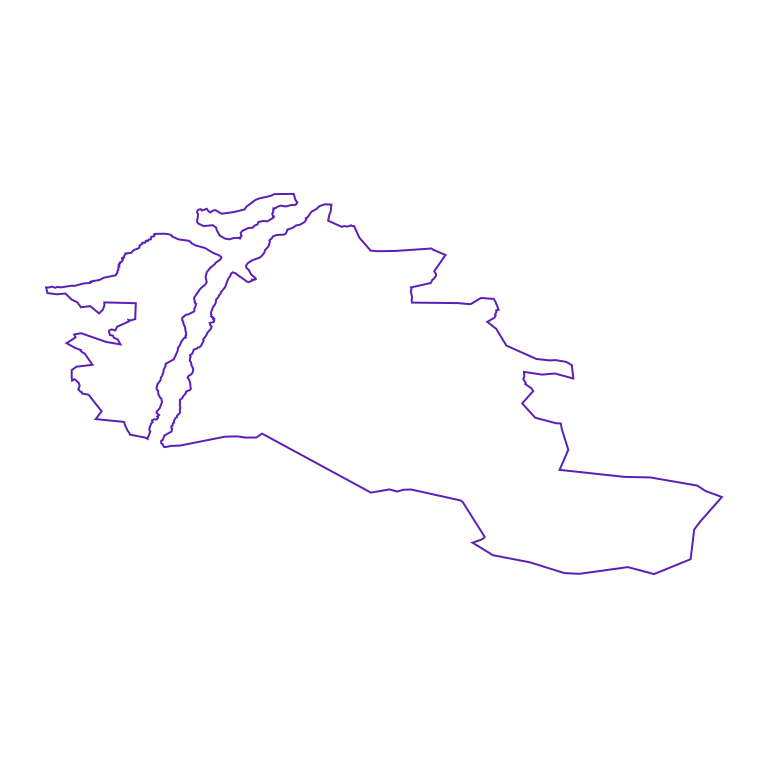 Ullensvang nor, Hordaland, Norway (Robinson projection)
{"feature_id": "86288312B73350405058148", "entity_name": "Ullensvang nor", "entity_type": "district", "adm_level": 2, "iso_a3": "NOR", "parent_name": "Norway", "parent_adm1": "Hordaland", "projection": "robinson", "projection_center": [6.658, 60.244], "detail": "fine", "context": "isolated", "style": "outline", "palette": "violet", "viewbox_px": 768, "rotation_deg": 0, "n_neighbors": 0, "source": "geoboundaries", "source_scale": "gbopen_adm2", "svg_char_len": 6084}
<svg xmlns="http://www.w3.org/2000/svg" viewBox="0 0 768 768"><path d="M331.4,204.6L324.9,204.3L319.5,206.1L316.4,209.0L311.4,211.8L307.9,216.9L305.8,218.3L306.4,219.2L304.5,222.1L299.8,224.8L296.2,225.4L292.7,227.9L287.3,229.6L287.2,230.9L285.6,233.7L284.3,234.6L276.5,235.0L272.8,236.5L271.6,238.7L269.9,239.7L269.4,240.6L270.0,241.5L268.4,246.4L265.0,250.2L264.4,252.5L262.2,255.4L259.9,257.5L252.0,260.4L248.0,263.0L246.2,265.4L246.0,266.5L246.6,268.1L248.7,269.9L251.3,274.7L255.6,278.2L255.8,279.1L254.7,279.5L254.2,280.4L254.4,279.3L253.0,280.1L252.2,279.5L252.5,279.1L252.1,279.4L252.0,280.7L248.7,282.1L247.3,281.8L235.0,273.1L232.9,272.3L231.1,273.5L230.4,275.7L228.1,279.0L225.0,287.4L220.9,292.2L220.6,293.7L219.0,295.3L218.5,296.9L216.1,299.6L215.7,302.9L214.3,305.6L213.4,306.2L211.1,312.2L210.9,313.9L211.5,315.1L211.0,316.4L212.8,317.3L212.5,317.6L213.3,318.2L212.9,318.2L213.1,319.2L214.2,320.3L213.8,321.9L209.7,323.1L210.4,325.5L211.7,326.6L210.7,329.1L207.8,332.2L206.2,335.5L203.2,339.3L203.7,340.3L201.2,345.6L199.5,347.3L197.7,347.6L196.8,348.6L193.8,349.6L192.3,353.6L189.9,355.3L190.7,356.9L190.0,358.0L189.8,361.0L190.8,361.8L191.7,366.0L193.3,368.5L192.7,372.4L191.1,374.5L188.6,375.9L187.6,377.7L188.9,379.3L190.0,382.5L190.8,389.0L190.0,390.0L186.6,391.3L185.7,392.4L185.9,393.2L183.0,396.4L182.4,398.0L179.8,400.0L180.1,403.2L179.7,405.1L180.4,407.8L179.8,409.3L180.1,412.7L176.8,416.1L177.0,417.0L175.2,418.4L174.0,421.1L174.1,422.6L172.9,423.2L172.5,425.7L171.4,426.3L171.3,427.7L172.1,428.6L171.5,431.5L164.4,435.5L162.8,439.8L161.2,440.8L161.2,443.2L162.6,444.2L163.8,446.7L165.1,447.1L171.6,445.9L179.8,445.6L224.9,436.7L237.2,436.4L245.8,437.6L256.4,437.5L262.0,433.6L370.9,492.6L389.7,489.4L397.2,491.5L403.7,489.7L411.1,489.5L460.8,500.5L462.8,502.2L484.7,536.9L483.5,538.4L480.9,539.8L472.5,542.7L492.9,555.2L529.8,562.3L564.4,573.1L579.5,573.8L627.9,567.1L654.0,574.1L690.6,559.2L694.2,529.5L700.3,521.5L721.9,497.0L705.5,491.0L697.3,485.6L649.9,477.4L624.5,476.9L559.6,469.9L568.3,449.8L561.8,429.1L560.8,423.5L555.8,423.2L535.2,417.7L522.2,403.4L533.2,391.1L531.4,388.3L525.2,384.0L525.8,382.9L523.3,379.1L524.3,376.5L524.0,371.9L542.2,374.6L554.9,373.5L573.3,378.5L571.8,365.1L566.3,361.9L555.7,360.1L549.6,360.4L536.5,359.0L506.4,345.6L496.2,328.8L487.3,321.9L494.4,317.7L495.7,315.5L495.0,314.6L496.4,312.1L496.2,310.3L498.6,309.8L495.6,302.1L493.7,298.9L480.9,298.0L470.9,304.0L468.8,304.1L457.7,303.1L412.1,302.6L411.6,300.4L412.1,297.0L410.7,291.1L411.6,289.3L411.0,287.4L430.8,283.0L432.4,279.8L433.8,278.8L436.0,275.7L436.0,274.0L434.2,271.3L445.5,255.0L433.0,249.7L431.5,248.5L396.2,250.9L377.9,251.2L370.7,250.7L359.3,237.6L354.1,226.1L352.2,226.1L351.0,225.3L348.0,226.5L343.7,226.1L341.9,226.9L328.1,220.7L329.3,214.9L330.7,211.4L331.4,204.6ZM147.6,438.8L147.5,437.4L148.3,436.8L150.3,431.4L149.5,430.5L149.5,427.8L151.4,423.2L152.7,422.3L151.9,420.4L153.7,419.4L156.7,419.5L158.0,417.8L158.1,417.2L157.2,416.5L159.1,415.0L156.6,413.0L156.5,412.1L159.8,408.1L162.0,402.0L161.3,398.5L160.1,397.6L158.3,394.1L158.2,391.0L156.7,389.5L156.6,387.5L157.5,384.2L160.5,380.2L160.8,377.8L162.2,375.6L163.4,372.3L163.7,369.6L165.7,365.7L165.6,363.8L173.7,359.4L177.8,350.5L177.9,348.0L179.8,345.4L181.1,342.0L183.6,338.5L185.6,337.6L185.1,337.1L186.1,335.5L185.7,335.2L186.2,332.6L185.5,331.0L185.1,327.3L183.2,323.0L183.4,321.9L182.3,320.4L182.2,317.9L185.6,315.0L188.7,314.2L194.2,311.4L194.5,308.4L196.0,305.0L195.4,303.4L195.7,303.3L194.7,302.4L194.8,300.8L194.0,298.9L194.5,297.1L200.5,288.5L205.3,284.5L206.7,282.3L205.6,276.9L206.8,272.1L210.8,267.3L214.5,264.5L215.7,262.7L220.0,259.8L221.4,257.8L221.0,256.8L218.7,255.1L213.3,253.0L205.0,248.0L195.5,245.4L191.4,243.2L190.5,241.8L188.9,240.8L178.5,239.4L171.9,236.4L171.7,235.4L169.2,234.3L164.3,233.7L154.8,233.9L154.2,234.2L154.6,234.8L154.2,236.2L151.3,236.8L150.9,239.3L148.9,239.5L148.2,240.7L147.0,240.6L147.1,241.1L145.7,241.1L145.2,242.7L142.3,242.8L142.2,243.8L139.5,245.7L139.7,246.6L138.7,248.3L133.6,250.1L131.3,252.8L126.0,253.4L126.3,253.8L125.3,254.1L124.4,255.3L124.1,257.3L122.7,258.4L122.5,257.8L122.0,258.1L122.3,259.0L121.6,259.3L122.9,259.4L122.5,260.6L121.5,261.9L120.1,262.2L120.1,263.4L119.1,263.9L119.3,264.6L118.8,264.7L118.7,264.8L119.1,265.2L118.6,265.5L118.9,266.3L118.5,266.1L118.9,266.5L118.2,267.6L118.4,269.8L117.7,270.5L117.2,273.2L116.6,273.8L117.2,274.1L116.3,274.0L115.7,275.3L103.9,277.7L99.1,280.1L92.5,281.1L90.8,281.6L91.3,282.1L90.0,283.0L84.0,283.4L74.2,285.9L71.4,285.7L60.9,287.4L57.3,286.9L55.2,287.8L52.0,286.6L48.8,287.5L46.1,287.4L47.5,293.1L56.8,294.3L65.4,293.5L71.7,299.6L77.3,302.3L81.0,307.3L90.2,306.1L99.1,313.4L102.9,309.6L104.4,305.2L104.3,302.4L135.8,303.2L135.2,319.1L130.6,320.4L128.4,319.9L128.9,321.3L128.5,321.6L117.0,326.8L115.4,330.4L111.7,329.4L109.2,330.5L109.0,331.8L109.9,335.0L113.0,335.7L113.8,337.7L117.7,339.4L120.4,344.4L106.1,341.9L81.0,333.2L74.2,334.5L75.5,337.4L66.6,343.2L75.2,348.0L81.0,350.1L80.7,350.9L82.1,352.2L84.6,353.5L92.5,364.8L76.5,366.7L71.7,370.1L71.7,377.0L72.1,380.6L74.6,379.2L78.7,382.8L79.7,385.9L78.3,389.4L80.6,391.8L81.6,392.0L82.2,393.5L88.6,394.7L101.6,411.3L95.7,419.1L124.0,421.9L125.3,425.8L127.7,430.8L129.4,432.8L129.8,434.6L145.2,437.6L147.6,438.8ZM270.9,195.8L259.4,198.4L255.5,199.9L246.4,206.7L244.6,209.4L234.4,212.0L221.7,213.7L215.3,210.1L212.9,210.6L210.2,212.4L208.4,211.2L206.8,208.8L201.8,210.5L200.9,209.2L198.4,209.7L197.5,210.4L197.1,212.7L198.0,213.9L198.0,215.3L197.0,221.9L198.2,223.5L203.7,226.1L212.8,225.2L216.1,227.6L216.8,230.3L219.8,235.6L225.0,238.6L229.3,239.3L234.0,238.0L237.8,237.8L240.1,238.5L240.5,237.8L240.2,237.2L241.6,235.7L240.6,233.1L242.3,230.9L248.3,228.0L252.5,227.8L254.5,225.6L257.6,224.4L258.4,222.0L264.0,220.9L267.3,221.4L273.6,217.5L273.2,216.8L273.7,216.3L272.9,215.9L272.2,213.9L273.2,212.2L273.1,210.0L273.7,209.6L273.4,208.4L275.9,208.0L276.8,207.0L280.7,205.6L285.8,206.5L292.2,204.8L294.9,205.1L296.4,204.0L297.3,202.3L295.7,200.4L293.6,193.9L274.4,194.1L270.9,195.8Z" fill="none" stroke="#5b21b6" stroke-width="2"/></svg>